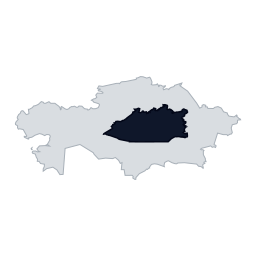 Kazakhstan, with Qaraghandy highlighted
{"feature_id": "KAZ-3203", "entity_name": "Qaraghandy", "entity_type": "Region", "adm_level": 1, "iso_a3": "KAZ", "parent_name": "Kazakhstan", "parent_adm1": "", "projection": "robinson", "projection_center": [73.067, 48.605], "detail": "fine", "context": "in_parent", "style": "filled", "palette": "ink", "viewbox_px": 256, "rotation_deg": 0, "n_neighbors": 0, "source": "natural_earth", "source_scale": "10m", "svg_char_len": 7369}
<svg xmlns="http://www.w3.org/2000/svg" viewBox="0 0 256 256"><path d="M149.7,167.9L148.4,168.4L147.6,169.4L146.7,169.1L144.8,170.9L139.3,173.7L135.9,177.6L135.8,179.4L134.9,179.4L132.8,178.0L133.2,176.5L132.2,175.3L125.1,175.4L124.1,169.6L121.3,169.6L122.0,162.6L120.3,163.4L118.6,160.3L115.3,157.5L112.7,158.6L105.6,158.1L98.6,159.1L94.1,154.3L93.3,152.7L80.0,144.5L65.1,148.4L63.1,174.4L59.9,174.6L56.9,169.9L52.9,167.2L46.7,168.6L43.2,171.2L43.2,168.9L44.3,166.6L44.4,164.2L40.5,163.5L39.1,161.4L37.3,161.3L37.5,159.1L36.3,157.2L35.3,154.1L32.6,153.2L32.2,152.2L32.6,151.3L33.2,151.0L35.8,151.0L37.5,151.9L39.6,151.7L38.4,151.1L36.9,148.9L39.5,145.9L45.2,145.6L49.6,146.1L47.3,144.4L49.8,140.1L49.6,138.1L50.3,136.7L49.9,135.4L49.1,134.7L46.7,134.5L44.7,135.6L41.9,134.2L39.5,133.6L35.1,135.2L31.9,137.2L28.8,137.8L28.8,138.5L28.4,138.3L27.9,138.7L28.0,139.0L24.7,137.4L24.2,136.9L24.3,136.3L26.3,136.5L26.8,136.0L23.2,129.5L19.5,128.8L18.4,129.2L17.5,127.8L17.6,125.8L15.5,124.5L15.4,123.4L16.1,121.8L18.2,119.4L17.2,117.9L17.4,116.9L18.7,114.5L20.2,113.4L20.9,111.6L22.0,110.7L23.1,110.9L26.1,114.4L26.6,114.6L28.4,113.9L29.0,113.4L28.4,109.3L29.4,109.3L32.4,107.6L33.6,106.0L35.4,105.7L38.3,104.4L41.3,101.6L43.2,102.2L44.0,103.3L45.5,103.3L49.0,101.7L50.7,103.3L54.9,103.3L58.9,106.3L60.2,108.1L60.3,109.5L60.7,109.8L61.3,108.9L61.0,107.0L61.6,106.5L65.2,108.9L67.0,109.5L69.0,108.6L69.6,107.7L71.7,106.5L72.3,106.7L74.5,106.2L76.7,107.4L77.9,107.1L79.0,106.0L81.9,106.2L84.5,108.7L87.6,109.2L87.9,110.1L89.5,109.5L91.0,107.6L92.9,108.8L95.7,108.7L98.3,107.6L99.5,105.0L99.4,104.4L98.4,103.6L93.6,102.1L93.3,101.3L91.4,100.2L93.7,98.9L95.0,98.7L96.8,97.4L95.8,95.1L97.4,93.1L102.4,93.3L103.0,92.9L102.7,92.2L100.9,91.3L98.4,90.9L98.2,90.6L98.7,89.9L100.3,89.3L100.0,88.9L98.8,89.1L97.4,88.6L98.9,85.9L102.6,86.4L116.3,83.4L118.7,83.3L119.6,83.7L120.4,82.5L121.7,81.8L125.7,81.5L136.0,79.4L136.5,78.9L136.3,78.1L138.0,77.8L140.4,76.6L143.1,76.8L146.7,78.1L149.7,77.2L150.6,78.4L152.0,82.0L151.8,83.6L151.2,84.3L151.4,84.6L152.7,85.0L156.3,84.7L157.3,83.8L158.3,85.2L158.6,86.5L159.4,86.1L159.3,85.4L159.6,85.1L161.1,85.3L162.8,86.3L165.4,85.8L165.2,86.5L163.2,88.1L163.1,88.8L163.7,89.8L166.2,88.7L168.0,89.0L168.8,89.6L169.3,88.5L171.3,87.3L173.4,86.8L174.2,86.3L174.5,85.4L181.9,83.0L181.0,85.1L179.8,85.0L180.1,85.9L187.6,91.1L196.7,103.2L199.7,108.1L202.0,107.0L202.1,105.3L203.6,104.6L205.8,105.3L205.5,106.8L207.3,106.9L207.8,108.4L213.4,108.5L214.8,107.3L218.0,106.6L221.3,108.1L223.6,111.8L227.3,113.0L227.5,114.2L228.9,116.1L234.1,116.9L236.7,115.0L237.1,115.6L236.6,116.5L237.6,117.0L238.8,118.4L240.1,118.9L240.6,119.8L237.8,120.1L237.4,120.9L237.5,122.5L236.6,123.7L232.3,124.7L231.2,128.0L232.3,132.6L231.4,134.0L230.0,134.2L227.6,135.6L226.9,134.6L223.2,134.6L217.6,133.1L214.1,144.2L214.2,144.7L215.9,145.4L216.0,146.3L215.5,147.5L214.0,146.8L212.2,147.3L210.7,145.9L201.6,148.3L200.5,149.2L201.3,149.8L202.7,149.7L204.0,150.4L203.3,151.5L203.4,154.8L205.3,158.5L205.4,160.3L206.1,161.4L205.9,161.8L205.2,161.6L203.9,162.2L203.9,162.7L204.8,163.4L202.9,164.4L202.7,165.2L203.3,167.9L203.1,168.3L201.3,166.7L198.5,166.2L196.7,164.1L184.4,162.7L177.8,163.0L176.7,163.8L175.1,163.7L172.0,162.7L168.5,160.8L167.0,161.2L164.7,162.5L164.0,165.4L164.4,166.7L157.4,164.2L154.4,163.8L151.5,164.4L149.4,167.2L149.7,167.9ZM32.1,149.4L31.6,149.6L31.1,148.8L31.4,148.1L31.9,147.8L31.4,148.7L32.1,149.4ZM46.7,145.5L46.2,145.4L46.0,145.1L46.6,144.8L46.7,145.5Z" fill="#d9dde1" stroke="#a8b0b8" stroke-width="1"/><path d="M120.2,121.6L121.4,121.4L121.9,120.9L122.7,120.5L123.8,120.4L125.7,119.0L126.4,118.8L126.7,118.1L127.3,117.9L127.8,117.3L131.5,114.6L132.8,113.2L132.9,112.9L132.8,112.7L132.8,112.4L132.8,112.2L133.1,112.0L134.8,111.6L135.3,111.2L135.7,110.6L135.2,110.3L134.9,110.1L134.6,109.5L134.4,109.2L136.3,109.2L137.4,108.7L137.9,108.5L138.5,108.3L139.7,108.7L139.6,109.4L139.5,109.8L139.4,110.1L139.3,110.7L139.0,111.5L138.7,112.2L140.5,112.7L141.1,112.5L141.4,112.3L141.4,111.9L141.5,112.1L141.8,112.1L142.1,111.6L142.4,111.2L142.8,111.1L142.9,111.4L143.3,111.3L143.6,111.7L143.8,111.8L143.8,112.2L144.2,112.3L144.7,112.2L146.1,111.9L146.5,111.9L146.6,112.2L146.9,112.4L146.5,113.0L146.7,113.5L148.5,112.9L148.8,111.8L149.6,111.6L149.8,111.8L150.0,112.0L150.1,111.3L150.3,110.6L150.6,110.5L150.9,110.5L151.4,110.2L151.7,110.1L151.6,109.9L151.8,109.7L152.4,109.6L152.6,109.5L152.9,109.3L153.5,108.6L154.1,108.4L154.1,108.2L154.3,108.3L154.5,108.4L154.8,108.4L154.9,108.5L155.2,108.5L155.8,109.0L155.5,109.4L155.6,109.5L155.6,109.9L155.5,110.3L155.3,110.5L155.5,110.6L156.1,110.5L157.6,110.6L157.7,109.9L158.0,109.8L158.2,109.6L158.8,109.8L159.1,109.6L158.9,109.5L158.9,109.2L159.1,109.1L159.1,108.8L159.4,108.7L159.7,108.5L159.9,108.5L160.3,108.4L160.6,108.1L160.6,107.9L161.0,107.5L162.0,107.7L162.4,107.4L162.9,107.2L162.8,106.9L163.1,106.8L164.1,106.6L164.6,106.2L164.9,105.9L164.6,105.8L164.1,105.6L163.8,105.9L163.5,106.0L163.6,105.9L163.4,105.6L163.1,105.2L163.1,104.8L163.4,104.9L164.4,104.7L165.4,104.8L167.2,105.4L167.3,105.7L167.5,106.0L167.5,106.3L167.4,106.7L167.2,108.0L166.9,108.1L167.0,108.6L166.9,109.0L167.5,109.5L168.8,109.4L169.2,109.3L169.5,109.1L170.0,109.3L170.6,109.5L170.6,110.1L170.9,110.4L171.4,110.0L172.0,110.5L172.5,110.8L172.7,111.1L172.9,111.6L173.4,111.9L172.8,112.2L172.3,112.5L172.2,112.6L171.9,112.8L172.3,113.3L172.8,113.4L174.0,112.8L174.6,112.4L176.1,112.4L176.4,112.1L176.9,112.2L179.0,111.9L179.6,112.1L180.0,111.6L180.6,111.5L181.2,111.4L181.9,111.6L182.0,110.8L182.1,110.1L183.3,109.1L184.1,109.1L184.5,109.5L185.6,109.8L186.9,110.3L187.1,110.8L187.1,111.5L187.2,111.9L187.5,112.1L187.2,112.6L186.0,113.5L185.3,113.8L184.9,113.9L184.6,114.2L184.6,114.3L184.6,114.6L184.6,114.8L184.6,115.2L184.5,115.9L183.4,116.6L182.3,117.0L181.6,118.0L181.9,118.5L182.5,118.7L183.1,119.2L183.1,119.5L183.9,120.1L183.5,120.4L183.0,120.6L183.1,121.4L183.5,121.8L184.8,121.7L185.7,121.7L185.8,122.4L185.7,122.8L185.6,123.1L185.1,123.6L184.4,124.0L183.8,124.0L183.7,124.3L183.6,124.6L183.3,124.7L183.5,125.0L183.9,125.2L184.1,125.5L184.6,125.5L185.1,125.7L184.6,125.9L184.7,126.4L185.4,126.7L186.1,126.9L185.3,127.3L185.1,127.9L184.7,128.4L184.2,130.0L184.4,130.2L184.5,130.5L184.8,131.4L183.8,131.7L183.8,131.9L183.7,132.3L183.5,132.6L183.2,132.7L183.5,132.9L184.2,133.5L185.4,133.8L185.7,133.3L187.2,133.2L187.4,135.7L187.3,136.7L186.9,136.9L186.7,136.9L186.2,137.0L185.7,137.1L185.4,137.3L185.3,137.5L184.9,137.6L184.7,137.5L184.8,137.4L184.7,137.4L184.6,137.1L184.3,137.0L184.1,136.9L183.8,136.9L183.7,136.9L183.6,137.0L183.5,136.9L183.2,136.6L183.0,136.8L183.3,137.1L183.5,137.3L183.6,137.5L183.5,137.4L183.2,137.3L182.6,137.1L182.4,136.9L182.5,136.8L182.5,136.7L182.4,136.6L182.2,136.7L181.8,136.7L181.7,136.7L181.5,136.8L181.4,136.8L181.3,137.0L181.2,137.1L180.7,136.8L180.2,136.9L179.3,136.6L177.8,136.6L176.3,136.7L175.0,136.6L171.4,138.6L168.2,141.7L140.0,141.8L129.3,141.7L129.2,141.0L128.6,141.0L127.7,141.0L119.7,139.4L118.5,138.9L117.2,137.8L116.7,137.8L110.1,135.5L110.0,135.3L109.6,135.4L108.9,135.3L107.5,134.8L106.8,134.7L105.3,133.8L103.7,134.1L103.8,133.8L104.8,133.1L112.0,128.8L112.6,128.3L112.4,127.9L111.4,126.4L112.8,125.3L112.8,124.6L114.1,124.1L114.7,123.9L114.5,123.4L114.6,123.0L114.5,122.9L115.2,122.8L115.9,121.5L117.7,121.3L120.2,121.6Z" fill="#0f172a" stroke="#020617" stroke-width="1.5"/></svg>